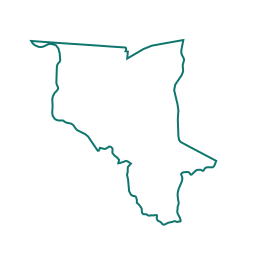 map outline of Savanes (Robinson projection), rotated 351°
{"feature_id": "TGO-90", "entity_name": "Savanes", "entity_type": "Region", "adm_level": 1, "iso_a3": "TGO", "parent_name": "Togo", "parent_adm1": "", "projection": "robinson", "projection_center": [0.453, 10.505], "detail": "fine", "context": "isolated", "style": "outline", "palette": "teal", "viewbox_px": 256, "rotation_deg": 351, "n_neighbors": 0, "source": "natural_earth", "source_scale": "10m", "svg_char_len": 2657}
<svg xmlns="http://www.w3.org/2000/svg" viewBox="0 0 256 256"><g transform="rotate(351 128 128)"><path d="M54.9,34.5L52.3,33.8L49.4,32.0L47.1,29.6L46.0,26.9L53.2,28.6L60.5,30.3L77.8,34.3L109.9,41.6L122.2,44.5L138.0,48.1L138.3,48.3L138.5,48.7L138.6,49.2L138.4,49.9L138.3,50.6L138.1,51.2L137.6,51.8L139.8,52.5L138.1,59.3L155.7,52.4L164.6,50.4L178.1,50.1L196.4,49.8L192.8,59.6L192.4,62.8L192.8,64.5L193.9,67.8L194.1,69.5L191.9,74.3L191.7,76.0L191.5,79.7L191.0,81.3L189.2,84.3L181.5,92.5L179.5,97.8L180.6,112.3L180.5,118.6L178.5,127.5L176.5,144.0L176.6,147.7L177.8,150.1L188.4,158.1L201.9,168.2L210.0,174.3L207.5,178.6L206.7,179.3L205.7,180.0L204.8,180.0L201.1,179.3L199.9,179.2L198.5,179.4L197.6,180.0L196.0,181.8L195.2,182.0L194.6,181.7L193.5,180.8L192.7,180.5L189.6,180.2L188.6,180.6L186.0,182.2L183.7,183.9L183.0,184.0L182.4,183.6L182.1,182.9L181.8,182.2L181.4,181.5L180.7,181.1L179.8,180.7L175.5,180.4L173.9,181.1L173.3,181.8L173.2,182.5L173.5,183.3L173.9,185.5L173.5,187.5L172.9,189.1L168.7,195.7L167.3,198.8L166.8,200.6L166.4,202.6L166.3,207.5L166.4,209.0L166.4,209.7L166.2,210.6L165.8,211.6L165.0,212.9L164.6,214.1L164.2,216.1L163.8,217.2L163.6,218.2L163.5,219.2L163.6,220.0L165.3,225.3L165.5,227.3L165.3,228.4L165.1,228.5L163.8,228.2L162.4,228.6L161.6,228.4L160.3,227.6L159.5,227.3L155.1,227.8L153.3,227.8L151.1,228.4L149.5,229.0L148.3,229.1L147.5,228.8L147.0,228.3L145.8,226.4L145.3,225.8L144.7,225.3L143.4,224.6L143.0,224.0L142.5,223.4L142.3,222.6L142.2,221.8L142.3,221.1L142.9,219.8L143.0,219.2L142.7,218.6L142.0,218.4L141.2,218.3L139.9,218.4L137.6,217.9L135.9,217.9L134.8,217.8L134.0,217.4L133.0,216.4L132.3,216.0L129.9,215.6L129.3,215.1L128.9,214.5L128.7,213.7L128.6,212.7L128.8,210.9L128.9,210.0L128.7,209.1L128.3,208.2L126.9,205.6L125.8,204.1L125.0,203.3L125.5,200.6L125.1,197.4L124.0,196.3L122.4,195.9L120.6,194.6L119.2,190.5L120.0,179.1L119.7,173.7L120.8,171.6L121.2,168.9L121.8,166.5L125.3,163.6L122.4,160.9L121.1,160.2L114.9,161.3L112.9,161.3L114.2,158.1L112.7,155.5L110.3,153.1L108.7,150.2L108.9,148.8L109.4,147.1L109.3,145.4L107.9,143.8L106.5,143.4L105.2,143.9L103.9,144.6L102.3,145.1L100.9,144.8L97.2,143.2L96.8,143.7L96.4,144.7L95.8,145.7L94.7,145.8L94.3,145.2L87.2,130.1L84.9,127.5L77.5,122.2L76.3,120.6L74.7,117.1L73.5,115.6L72.3,114.7L67.9,113.0L66.6,112.1L65.7,111.1L64.7,110.3L61.4,109.9L59.8,109.4L58.2,108.5L57.0,107.4L55.5,104.1L55.6,100.7L56.5,96.7L57.0,94.4L57.7,87.7L58.8,84.9L60.8,82.1L63.7,79.9L64.9,78.6L65.2,76.9L64.4,73.7L64.3,72.2L67.4,56.0L68.1,54.5L69.2,53.2L70.4,52.3L71.4,51.2L71.8,49.2L72.2,43.5L71.7,38.6L69.6,34.8L64.9,32.8L62.2,32.8L57.4,34.3L54.9,34.5Z" fill="none" stroke="#0f766e" stroke-width="2"/></g></svg>